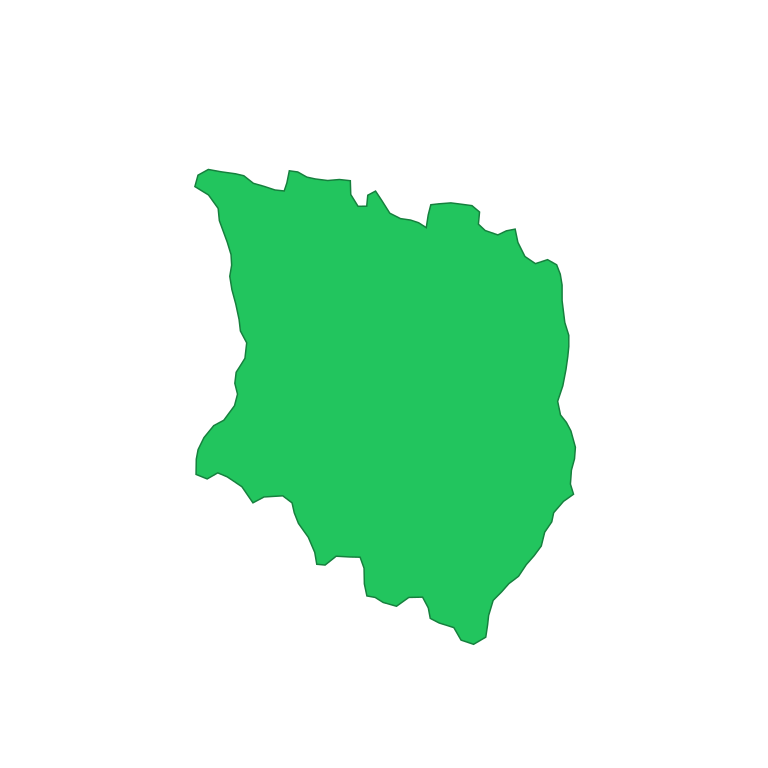 Paraíso, São Paulo, Brazil (Natural Earth projection), rotated 332°
{"feature_id": "56859067B54072387385394", "entity_name": "Paraíso", "entity_type": "district", "adm_level": 2, "iso_a3": "BRA", "parent_name": "Brazil", "parent_adm1": "São Paulo", "projection": "natural_earth1", "projection_center": [-48.767, -21.017], "detail": "fine", "context": "isolated", "style": "filled", "palette": "green", "viewbox_px": 768, "rotation_deg": 332, "n_neighbors": 0, "source": "geoboundaries", "source_scale": "gbopen_adm2", "svg_char_len": 1791}
<svg xmlns="http://www.w3.org/2000/svg" viewBox="0 0 768 768"><g transform="rotate(332 384 384)"><path d="M309.7,120.9L317.8,134.7L320.0,151.1L315.3,162.5L312.2,185.1L309.7,197.9L305.3,207.5L298.4,216.5L294.0,229.3L290.7,243.7L286.3,259.1L282.1,269.8L282.1,283.2L273.3,296.0L266.1,300.2L259.0,304.2L252.6,313.4L249.9,324.2L241.8,333.0L233.0,337.2L225.5,340.8L214.2,340.8L199.9,346.8L189.1,354.6L183.0,362.2L175.6,375.6L183.3,384.8L195.5,384.4L202.0,392.4L210.3,408.0L212.5,427.4L225.0,427.4L242.1,435.2L247.0,445.8L244.3,455.6L243.0,467.0L245.2,483.8L243.8,500.2L240.0,511.6L247.0,516.2L260.9,513.6L273.0,520.9L281.6,525.7L279.9,537.3L272.8,551.3L269.4,563.1L276.0,568.3L280.7,576.5L290.7,586.1L305.7,584.1L318.0,590.3L318.0,602.5L314.8,612.7L320.5,620.9L331.3,631.9L331.8,646.3L340.9,655.9L355.0,655.3L362.4,645.3L367.7,637.5L378.8,626.3L390.4,622.7L400.5,618.9L412.6,616.9L424.8,610.3L435.9,606.1L446.8,600.9L456.3,590.3L467.4,584.5L473.4,577.3L487.4,571.9L499.6,570.3L501.6,559.9L509.0,548.1L517.1,539.5L523.3,529.7L527.0,513.2L527.0,503.4L525.3,494.2L529.2,480.8L541.0,469.6L551.5,456.6L559.2,446.0L564.8,437.6L570.0,427.8L572.5,414.6L580.4,394.0L587.7,380.2L591.2,369.8L592.4,359.8L586.8,351.0L574.2,348.8L568.3,337.6L568.7,321.8L572.5,308.8L563.9,306.2L554.5,305.8L545.4,296.0L542.4,287.2L549.1,277.0L545.4,267.8L536.6,261.5L528.1,255.5L517.1,250.7L509.5,247.7L502.4,255.5L494.7,265.8L490.3,257.9L484.4,251.7L476.2,245.7L469.3,235.9L468.2,221.1L467.1,209.7L458.3,209.7L452.2,218.9L444.5,214.9L443.6,201.1L449.7,188.7L440.6,182.5L429.8,177.9L419.6,170.7L413.0,165.1L407.4,156.3L400.5,151.3L392.6,160.9L386.5,166.7L378.8,161.5L371.0,153.3L362.9,145.5L358.0,134.3L351.6,128.7L340.0,120.3L329.6,112.1L317.8,112.3L309.7,120.9Z" fill="#22c55e" stroke="#15803d" stroke-width="1.5"/></g></svg>